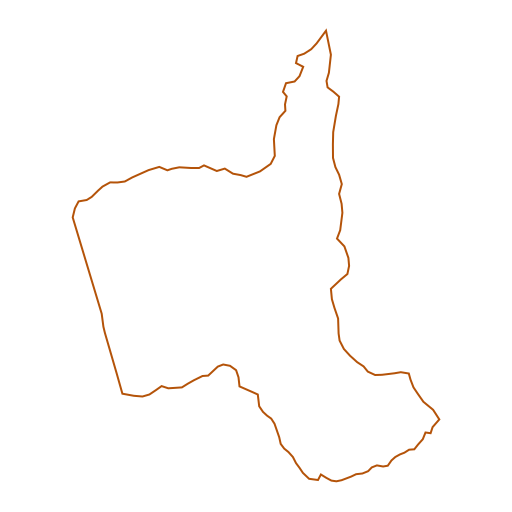 the district of Primavera, Pará, Brazil
{"feature_id": "56859067B46461793973564", "entity_name": "Primavera", "entity_type": "district", "adm_level": 2, "iso_a3": "BRA", "parent_name": "Brazil", "parent_adm1": "Pará", "projection": "equal_earth", "projection_center": [-47.109, -0.937], "detail": "fine", "context": "isolated", "style": "outline", "palette": "amber", "viewbox_px": 512, "rotation_deg": 0, "n_neighbors": 0, "source": "geoboundaries", "source_scale": "gbopen_adm2", "svg_char_len": 1963}
<svg xmlns="http://www.w3.org/2000/svg" viewBox="0 0 512 512"><path d="M439.3,419.4L433.1,409.8L423.4,401.8L417.6,393.5L413.5,387.4L410.5,379.6L408.8,373.5L400.8,372.2L394.3,373.3L381.9,374.8L375.1,375.0L367.8,371.6L363.6,366.4L357.1,362.1L350.1,355.8L343.9,349.0L339.6,340.6L338.6,333.5L338.1,318.5L334.4,307.7L331.9,299.2L330.9,288.8L340.9,279.4L347.4,274.0L349.1,265.9L348.4,257.9L344.4,246.4L337.0,238.6L340.2,230.2L342.4,212.8L341.6,203.8L339.1,193.9L341.8,184.1L339.1,174.7L335.4,167.1L333.0,157.9L332.9,144.4L333.2,132.1L335.9,115.9L338.4,104.1L339.1,96.7L333.4,91.7L327.6,87.4L326.5,80.9L328.9,72.8L330.9,54.7L326.0,30.7L316.6,43.4L311.2,49.2L304.2,53.7L297.6,56.0L296.0,63.1L303.2,66.8L299.5,76.2L294.6,81.5L286.0,83.2L283.0,91.9L286.7,96.4L285.0,104.4L285.4,110.8L279.6,117.2L276.4,125.2L273.9,139.1L274.8,155.9L270.7,163.9L260.0,171.4L246.5,176.8L240.7,175.1L233.0,173.7L224.8,168.6L216.8,171.0L204.0,165.4L199.1,168.0L191.0,168.0L179.3,167.3L171.8,168.8L167.4,170.3L159.3,166.9L148.6,170.1L132.3,177.4L124.8,181.5L117.3,182.5L110.1,182.4L102.5,186.6L98.2,190.5L91.7,196.9L86.7,200.0L78.6,201.4L74.9,208.4L72.7,217.4L101.7,313.7L103.4,326.7L104.9,332.9L116.9,374.2L118.7,380.6L122.4,393.7L133.9,395.8L142.5,396.5L149.4,394.5L156.1,390.0L161.6,386.1L168.3,388.3L181.9,387.4L187.8,383.7L194.0,380.2L202.5,376.0L208.2,375.6L217.8,366.6L223.2,364.5L230.0,365.8L236.1,370.2L238.5,377.3L239.5,386.4L252.5,392.1L257.8,394.5L259.2,406.3L263.0,411.9L267.0,415.6L271.2,418.6L274.5,423.7L279.2,437.2L280.7,443.9L284.2,448.6L288.4,452.0L292.9,457.0L296.0,463.1L299.5,467.8L302.9,472.9L309.1,478.8L318.0,480.0L320.9,474.5L326.4,477.9L331.4,480.6L336.4,481.3L341.6,480.2L351.1,476.6L356.1,474.2L362.4,473.5L368.1,471.2L371.8,467.4L376.9,465.4L383.1,466.5L387.8,465.7L391.5,460.4L395.3,457.0L400.0,454.4L404.4,452.7L409.1,449.7L414.3,449.3L418.0,444.6L422.8,439.2L425.5,432.5L430.6,433.2L432.6,427.1L439.3,419.4Z" fill="none" stroke="#b45309" stroke-width="2"/></svg>